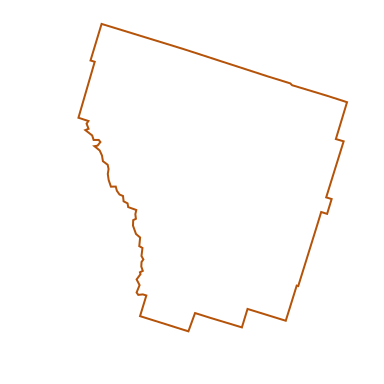 Sublette, Wyoming, United States of America, rotated 197°
{"feature_id": "52423323B90413410102798", "entity_name": "Sublette", "entity_type": "district", "adm_level": 2, "iso_a3": "USA", "parent_name": "United States of America", "parent_adm1": "Wyoming", "projection": "equal_earth", "projection_center": [-109.734, 42.864], "detail": "fine", "context": "isolated", "style": "outline", "palette": "amber", "viewbox_px": 384, "rotation_deg": 197, "n_neighbors": 0, "source": "geoboundaries", "source_scale": "gbopen_adm2", "svg_char_len": 1060}
<svg xmlns="http://www.w3.org/2000/svg" viewBox="0 0 384 384"><g transform="rotate(197 192 192)"><path d="M64.6,108.8L64.5,133.1L62.9,133.1L62.6,196.4L62.6,210.6L56.4,210.6L56.4,226.1L62.1,226.1L61.8,284.8L69.9,284.7L70.0,323.2L90.1,323.5L127.6,323.4L129.7,324.6L153.9,324.7L241.8,326.2L327.6,326.3L327.5,288.1L323.1,288.1L322.3,229.8L311.8,229.6L312.8,226.5L309.4,222.2L312.1,220.0L304.0,216.9L301.3,213.0L296.4,214.5L294.2,213.0L295.9,208.7L298.7,207.3L292.4,204.7L288.7,200.5L286.2,195.4L280.6,193.4L278.5,189.6L277.8,184.6L275.2,179.1L271.1,173.4L266.5,174.9L264.2,171.2L260.6,168.4L256.8,168.0L254.7,163.1L250.3,162.3L248.6,158.9L240.0,158.5L239.7,154.2L237.8,150.0L240.0,147.9L238.6,142.6L233.3,135.5L228.3,133.3L226.6,124.8L223.0,124.0L221.6,116.0L218.8,113.3L219.8,110.3L218.7,105.9L216.0,102.2L218.3,100.0L217.2,98.4L219.4,92.2L214.9,87.6L215.6,79.7L213.3,77.9L209.1,79.7L205.4,79.7L205.4,65.4L205.4,58.1L154.7,57.7L153.7,77.1L148.3,77.1L138.6,77.0L104.7,77.1L104.7,96.4L64.7,96.3L64.6,108.8Z" fill="none" stroke="#b45309" stroke-width="2"/></g></svg>